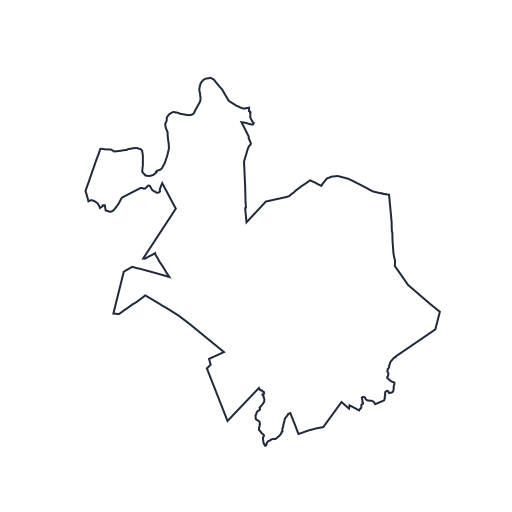 the district of Totolapa, Chiapas, Mexico, rotated 70°
{"feature_id": "50627088B34380257966429", "entity_name": "Totolapa", "entity_type": "district", "adm_level": 2, "iso_a3": "MEX", "parent_name": "Mexico", "parent_adm1": "Chiapas", "projection": "robinson", "projection_center": [-92.674, 16.512], "detail": "fine", "context": "isolated", "style": "outline", "palette": "slate", "viewbox_px": 512, "rotation_deg": 70, "n_neighbors": 0, "source": "geoboundaries", "source_scale": "gbopen_adm2", "svg_char_len": 6090}
<svg xmlns="http://www.w3.org/2000/svg" viewBox="0 0 512 512"><g transform="rotate(70 256 256)"><path d="M114.3,211.7L113.8,214.6L113.5,215.4L113.6,216.0L113.4,216.6L112.8,217.9L111.0,220.0L110.7,220.4L110.1,220.8L108.4,222.7L107.7,223.3L100.8,228.6L87.9,230.9L80.9,233.6L75.8,235.3L72.9,237.9L72.7,240.3L72.3,241.3L72.2,242.6L72.3,244.0L72.5,245.1L73.9,247.7L74.8,248.9L76.9,250.5L79.3,251.9L80.8,252.6L84.1,253.0L85.5,253.4L86.7,253.7L87.8,253.8L88.7,254.2L90.4,254.9L91.8,255.8L92.7,256.8L94.6,259.1L95.2,259.6L97.3,262.1L98.4,263.4L99.0,263.9L99.8,264.8L100.6,265.6L101.1,266.9L101.2,267.6L101.2,269.3L100.1,272.2L99.3,273.6L97.3,277.0L97.0,277.7L96.5,278.5L95.7,279.4L95.1,279.8L94.4,280.8L94.0,281.6L93.8,282.3L92.9,283.3L92.7,283.7L92.5,284.2L92.4,285.1L92.6,286.9L93.1,289.0L93.5,289.8L94.3,291.0L94.9,291.7L95.2,292.3L95.9,292.8L97.2,293.1L98.3,293.7L99.4,294.7L100.7,296.1L102.1,296.4L102.7,296.6L103.8,296.7L104.8,297.0L109.5,296.7L109.9,297.0L111.4,297.4L112.5,297.8L116.1,298.7L121.0,299.7L125.3,301.1L131.5,305.2L137.4,309.9L141.5,314.6L142.1,316.0L142.1,319.4L142.3,320.5L142.6,321.1L143.4,321.0L144.7,324.8L144.5,328.6L142.8,332.0L142.0,332.4L142.1,332.6L141.9,332.7L137.9,334.1L134.1,332.4L132.6,331.5L123.6,328.2L121.7,327.7L118.0,327.0L116.1,327.9L113.7,331.2L112.6,334.8L112.4,337.1L111.8,339.5L112.1,341.2L111.6,343.3L111.4,343.7L110.8,347.3L109.3,353.5L106.5,355.7L106.3,356.1L103.9,361.9L102.8,363.7L102.1,365.6L107.9,370.4L109.8,372.1L119.5,380.0L120.1,380.6L122.8,382.7L130.3,388.8L132.5,390.7L134.2,392.0L136.4,393.9L147.3,394.7L147.1,392.6L147.1,391.8L147.8,390.9L147.8,390.7L149.1,389.1L152.2,386.9L155.7,386.2L157.5,386.2L156.7,382.9L156.0,382.7L156.2,381.7L156.6,380.7L161.8,381.7L163.7,379.2L164.7,377.7L164.7,376.5L164.6,375.3L164.3,374.2L163.2,372.3L160.0,367.4L155.6,362.5L155.2,361.4L152.6,341.0L153.5,339.3L154.5,338.3L154.6,337.8L154.5,336.7L153.0,333.4L153.0,333.0L153.3,332.4L153.7,331.8L158.3,331.0L158.8,330.8L162.5,327.7L162.8,327.2L162.9,326.7L163.0,325.2L162.8,324.7L162.4,324.1L160.6,323.7L157.5,321.1L155.5,319.2L184.1,315.2L219.8,362.9L220.6,361.1L220.2,358.9L219.9,357.6L219.6,355.4L219.6,354.1L218.8,349.8L221.0,350.0L222.9,349.5L224.9,349.1L228.2,348.7L232.5,347.5L237.2,346.5L241.2,345.8L246.1,344.6L236.8,357.4L227.5,370.6L226.8,372.0L223.8,376.0L225.5,385.6L261.3,409.7L263.7,404.6L261.8,398.1L261.0,394.6L259.1,388.2L258.9,386.1L258.6,384.7L255.9,375.7L255.1,373.6L259.5,369.9L265.8,364.8L268.0,363.0L270.6,361.1L272.2,359.6L276.5,356.1L285.7,349.0L297.4,341.5L335.3,319.0L336.6,335.3L342.7,335.8L344.8,340.6L401.3,339.2L381.0,298.4L383.1,298.2L383.4,297.4L384.1,297.2L384.6,296.2L385.6,296.1L386.3,295.2L387.2,295.2L388.1,295.4L388.4,296.3L388.3,297.3L388.8,297.4L390.5,296.8L391.2,297.2L391.7,297.1L393.4,297.1L393.9,297.3L395.0,297.9L395.5,298.0L395.9,298.3L396.6,299.4L397.0,299.7L398.3,301.8L398.9,303.1L399.9,304.6L400.8,304.5L401.3,304.6L401.6,304.9L402.1,305.6L402.2,306.2L402.2,306.8L402.4,307.4L402.9,308.5L403.5,309.0L404.3,309.6L405.4,310.5L405.9,311.2L406.6,311.2L408.6,311.9L409.6,311.8L411.0,310.7L411.7,310.0L413.2,309.4L415.0,309.7L415.4,310.0L415.7,310.3L416.3,310.4L419.3,312.3L419.9,312.5L420.8,312.7L421.4,312.2L422.3,311.9L424.4,311.3L426.7,309.9L427.3,309.9L427.8,310.1L428.5,310.9L429.4,311.8L430.2,311.9L430.6,312.1L434.5,312.9L437.5,312.3L437.4,311.4L437.2,311.0L436.6,310.5L436.1,310.5L435.7,310.2L435.5,309.8L435.1,309.4L434.1,307.6L434.2,305.6L433.8,305.2L433.6,303.9L433.8,302.9L434.0,301.6L434.5,300.8L434.6,300.2L434.3,299.5L433.8,297.8L432.9,295.5L431.4,292.9L430.3,292.3L430.2,291.8L430.1,291.3L429.8,291.0L428.1,290.8L427.4,290.3L426.8,289.8L425.4,288.7L424.7,288.5L420.1,285.3L418.7,284.5L417.1,282.0L416.5,280.8L415.5,279.8L415.3,277.5L427.9,277.1L437.8,277.0L437.9,266.4L438.6,258.5L439.8,251.3L422.5,225.6L431.2,220.8L428.3,219.1L436.4,211.9L435.4,210.8L434.9,209.4L434.1,208.7L433.2,208.3L432.5,208.2L431.8,207.8L431.6,207.1L431.6,206.5L431.4,206.1L430.5,205.6L429.8,206.0L429.5,206.0L428.2,205.4L425.5,205.1L425.1,204.6L425.0,204.0L425.1,203.7L425.4,202.9L426.1,202.1L426.6,201.9L428.1,201.9L429.8,200.7L431.2,197.9L431.4,197.2L431.7,196.7L432.5,195.9L433.6,195.3L434.6,194.9L436.0,194.7L435.5,185.1L433.8,183.6L433.3,183.4L432.4,183.3L431.4,182.3L431.1,182.2L430.3,182.1L430.0,182.1L428.0,181.0L427.5,179.4L427.6,178.8L428.0,178.2L429.0,178.0L429.7,178.1L430.3,177.7L430.7,175.8L430.6,174.3L429.9,173.3L429.4,172.9L427.2,171.7L426.1,171.5L424.5,170.3L422.7,169.3L422.3,169.3L421.6,169.9L420.3,171.6L419.8,172.0L418.1,172.9L417.8,173.2L415.2,174.4L414.4,174.0L413.8,173.0L413.1,172.5L412.1,171.9L411.4,171.7L410.4,171.9L410.0,172.1L409.6,172.1L408.9,171.8L407.2,170.8L407.0,170.1L406.3,169.3L405.5,168.6L404.5,168.4L403.7,167.5L402.1,166.4L400.9,165.0L399.5,162.2L398.9,161.5L398.8,160.3L398.8,159.4L398.4,159.2L398.2,159.2L386.3,112.6L371.3,102.3L360.9,108.6L335.1,123.1L330.0,124.4L312.7,129.0L311.9,128.5L307.8,126.9L303.9,126.5L300.4,125.9L288.4,122.5L281.0,120.0L278.9,119.8L270.6,117.0L261.2,114.5L243.9,110.0L242.8,112.2L242.3,112.8L242.0,113.7L241.3,114.7L241.3,114.8L240.2,116.2L240.4,116.3L235.9,123.2L235.1,124.3L234.1,125.2L232.4,126.8L231.9,127.1L226.9,131.6L217.8,140.1L214.9,143.0L208.9,151.7L208.6,152.4L208.5,153.2L207.3,157.6L207.4,161.2L207.3,162.7L210.6,168.2L212.4,170.6L210.6,172.3L210.5,172.6L207.3,175.3L205.3,177.4L204.1,178.5L203.9,179.0L203.4,179.3L205.0,185.2L205.8,188.7L206.8,192.2L208.2,196.5L209.4,199.1L209.8,201.0L211.1,204.5L211.0,206.8L208.2,228.1L221.1,253.4L209.0,250.3L207.2,249.7L207.1,248.9L200.9,247.1L187.2,242.5L183.6,241.4L182.4,241.0L163.0,234.9L157.2,230.5L153.6,227.9L152.2,226.8L150.2,224.7L149.9,224.1L149.8,223.4L149.0,222.6L148.5,222.3L146.7,222.4L145.6,222.3L145.4,222.4L142.8,222.7L142.3,222.2L140.7,222.0L125.3,223.9L127.1,220.6L131.1,215.0L131.3,213.5L130.5,213.2L130.2,212.7L129.9,213.0L128.9,213.4L128.1,213.3L126.7,213.7L125.3,213.9L123.2,213.9L121.8,213.1L121.0,212.9L120.4,212.9L119.8,212.6L119.4,212.1L118.8,212.0L118.5,212.4L118.3,212.3L118.0,212.4L117.4,213.0L114.3,211.7Z" fill="none" stroke="#1e293b" stroke-width="2"/></g></svg>